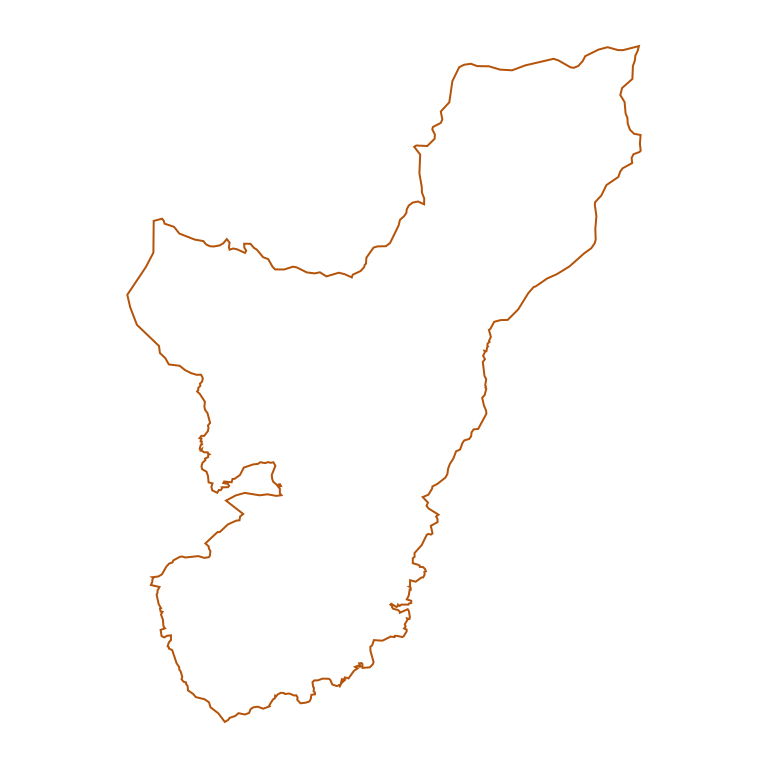 Lapus, Maramures, Romania (Equal Earth projection)
{"feature_id": "2599482B74882735092857", "entity_name": "Lapus", "entity_type": "district", "adm_level": 2, "iso_a3": "ROU", "parent_name": "Romania", "parent_adm1": "Maramures", "projection": "equal_earth", "projection_center": [24.024, 47.535], "detail": "fine", "context": "isolated", "style": "outline", "palette": "amber", "viewbox_px": 768, "rotation_deg": 0, "n_neighbors": 0, "source": "geoboundaries", "source_scale": "gbopen_adm2", "svg_char_len": 6099}
<svg xmlns="http://www.w3.org/2000/svg" viewBox="0 0 768 768"><path d="M403.6,636.4L406.7,631.3L406.6,629.5L404.1,628.5L405.6,626.4L404.8,624.3L407.5,619.7L407.0,618.4L409.4,619.0L409.9,617.3L408.9,611.2L407.7,609.2L399.9,612.7L400.0,611.8L398.0,610.0L393.2,608.8L392.0,607.1L392.3,606.1L390.4,604.7L391.3,603.8L396.4,607.0L397.6,606.3L398.0,604.6L399.7,605.9L401.4,604.6L408.4,604.6L408.9,603.6L411.2,603.0L411.2,600.8L406.8,599.4L408.7,595.7L409.7,589.5L410.7,589.7L410.6,587.4L409.4,586.7L410.0,586.6L410.1,580.2L415.7,581.7L421.5,577.5L423.2,577.4L424.6,574.7L424.4,571.8L425.9,571.3L425.1,569.1L423.1,567.1L419.8,566.9L419.7,565.7L418.2,564.8L412.8,563.2L412.8,558.3L414.6,556.8L414.5,553.1L421.7,545.1L426.7,534.9L428.1,534.0L431.2,534.5L432.5,533.4L430.8,525.8L437.6,522.1L437.4,518.7L436.1,516.5L438.5,514.7L428.6,508.5L426.5,505.8L428.0,502.6L422.7,497.1L428.4,494.7L432.1,488.7L432.4,486.5L437.4,483.9L445.4,477.6L447.4,474.0L448.1,468.7L449.9,463.9L453.3,458.6L456.1,451.3L460.1,449.5L462.5,442.9L464.3,440.4L469.3,438.9L471.2,436.1L471.5,432.5L473.6,429.4L478.2,428.9L486.4,413.7L486.1,410.6L484.0,405.7L482.2,397.8L484.7,394.9L486.3,388.7L485.4,387.6L485.9,386.8L485.2,385.2L486.2,379.2L484.5,376.0L482.8,361.8L485.0,359.2L483.1,355.8L485.0,352.0L484.4,350.8L486.4,351.2L487.2,347.2L488.0,346.5L487.4,345.8L487.6,343.5L489.6,341.9L489.0,340.9L490.9,336.8L488.9,329.9L490.5,328.7L494.2,321.8L500.6,320.1L507.7,319.9L518.2,309.4L528.4,293.0L533.8,286.9L535.5,286.5L547.1,278.5L556.8,274.2L569.5,266.4L584.0,253.5L591.3,248.2L594.7,243.2L595.7,239.6L595.3,229.1L596.4,216.2L594.8,204.6L595.1,202.2L601.4,195.4L606.4,185.1L618.4,176.9L620.1,171.8L622.6,168.3L632.2,163.0L631.6,158.0L633.5,154.2L639.5,152.0L640.7,150.6L639.9,143.9L640.6,135.0L634.1,133.8L630.0,129.8L627.7,123.5L627.4,117.8L625.6,113.5L624.6,102.1L620.3,95.0L622.1,88.0L632.4,78.9L632.9,66.0L634.8,60.8L635.4,55.4L637.5,51.3L638.9,46.1L623.2,50.1L618.1,50.1L607.6,47.2L598.5,49.6L585.2,56.2L582.9,60.8L578.4,65.9L573.9,67.8L570.5,67.3L558.4,60.4L553.6,58.8L525.2,65.4L512.1,70.3L500.0,69.6L489.0,66.3L477.2,66.1L471.0,63.8L464.2,64.7L459.2,67.2L452.4,81.1L449.3,102.3L440.8,111.5L442.3,119.5L440.8,122.9L432.9,127.0L432.3,129.4L434.9,134.6L434.6,138.8L427.3,146.0L416.3,145.5L414.2,146.8L420.2,154.6L419.4,173.3L421.8,187.2L421.9,192.5L424.2,198.4L424.1,204.3L418.1,201.5L412.6,202.6L408.8,205.5L406.7,209.4L406.4,212.8L403.9,216.4L400.0,219.8L398.6,225.5L390.0,243.1L385.9,246.2L377.5,246.4L373.5,247.6L366.4,257.7L366.0,263.6L364.7,264.9L364.2,267.1L360.5,271.1L352.7,274.7L351.8,277.4L344.7,274.2L338.8,272.7L326.4,276.4L319.9,272.3L314.7,273.4L306.8,272.4L296.7,267.4L292.9,266.7L284.2,269.5L275.1,269.4L272.5,266.7L268.2,259.1L263.1,257.2L256.9,249.7L254.1,248.0L250.4,243.8L244.2,243.7L244.3,247.6L246.2,250.6L245.0,252.9L237.0,249.3L233.2,248.5L229.6,249.7L228.9,247.5L229.6,242.7L226.8,239.1L223.3,243.3L219.7,245.4L213.7,246.5L209.8,246.2L206.1,244.4L203.4,241.1L194.8,239.6L179.4,233.6L174.0,226.8L164.6,223.7L163.8,220.9L162.0,218.7L153.7,220.9L153.4,252.6L145.9,267.0L127.3,294.8L130.2,307.3L136.9,324.8L159.0,346.0L159.9,353.0L165.3,358.1L168.8,364.4L179.7,365.8L184.9,370.0L191.0,373.1L196.6,374.8L201.0,374.7L202.2,376.8L202.8,378.5L202.1,381.6L200.0,383.6L200.3,385.9L198.2,388.0L198.3,390.1L197.1,391.5L199.7,393.8L204.9,401.7L204.4,406.7L205.0,409.7L207.5,413.2L210.1,422.9L208.0,425.4L208.5,427.9L207.9,431.1L204.2,435.9L201.3,435.9L199.6,438.2L201.5,438.5L200.6,441.3L201.8,441.6L201.5,443.4L202.1,444.3L200.8,445.0L199.7,448.6L200.4,450.4L201.8,449.2L201.4,450.6L204.3,452.3L208.5,452.4L207.7,452.8L208.1,453.5L209.4,454.3L208.2,454.9L208.1,457.1L205.0,458.6L205.4,460.1L202.5,462.8L201.5,466.3L202.1,469.2L206.5,471.7L208.0,476.1L208.6,482.4L212.5,483.4L211.4,486.8L212.2,490.3L217.2,492.8L218.9,490.0L220.7,490.2L222.1,488.3L221.8,487.3L228.0,487.2L229.1,485.9L227.9,483.9L223.3,483.0L224.2,481.5L231.6,482.3L232.5,479.0L234.6,478.8L239.9,475.1L243.8,467.6L253.2,464.4L258.0,463.9L260.3,462.2L264.8,463.1L268.4,462.1L270.3,462.8L273.4,462.3L275.4,465.8L271.7,475.1L272.3,479.4L273.3,481.8L277.1,485.1L279.9,484.2L281.0,486.1L278.3,486.8L279.9,488.8L279.8,493.2L281.4,495.2L276.4,495.9L267.4,494.3L259.6,495.3L244.8,492.9L235.8,495.4L226.0,500.6L243.2,514.0L240.1,516.5L239.5,520.3L236.3,520.6L227.9,524.4L219.8,532.0L217.6,532.1L216.2,533.3L205.4,543.4L208.7,546.4L208.8,548.3L210.4,551.2L209.9,555.7L208.8,557.2L204.3,557.9L198.3,556.1L185.3,557.5L182.2,556.5L179.7,556.9L173.3,560.4L172.5,562.4L169.0,563.7L166.2,566.8L162.0,574.3L158.3,576.5L152.4,577.2L153.5,577.8L152.4,579.3L152.3,581.8L150.9,585.0L159.5,587.0L157.5,590.6L157.5,592.8L156.6,594.7L158.7,604.2L161.0,608.2L160.0,608.6L160.6,611.5L162.5,611.8L161.0,614.5L162.9,619.6L163.4,626.1L165.0,628.3L160.6,629.9L161.6,636.1L164.3,637.4L167.0,635.8L170.9,635.3L171.0,640.0L168.9,642.3L167.6,646.3L168.9,647.3L168.9,648.5L172.2,650.1L176.6,663.3L179.2,667.1L179.3,669.6L180.6,671.3L182.3,677.0L181.5,679.1L183.5,681.7L186.1,682.5L186.1,684.1L187.6,685.9L188.0,690.4L193.1,693.9L195.8,697.1L204.5,699.2L209.0,702.3L210.5,707.3L218.3,713.3L224.8,721.9L228.2,719.9L229.7,717.8L235.2,716.0L238.5,713.2L245.0,714.5L249.1,712.9L250.7,709.0L253.5,707.3L257.8,706.7L263.2,708.7L269.7,706.3L269.2,705.6L270.9,702.7L273.1,699.3L274.7,698.5L275.2,695.8L275.9,696.6L277.6,694.5L280.8,692.8L283.8,693.0L284.9,694.0L289.3,693.5L294.1,695.5L296.3,695.3L297.6,697.5L297.2,699.7L300.5,703.3L305.6,702.7L309.4,701.5L310.8,698.8L311.4,694.8L315.0,694.3L314.8,692.3L313.6,691.4L314.0,687.9L313.1,686.7L312.5,682.1L314.3,680.4L317.7,680.4L322.7,678.6L328.9,678.8L330.4,680.0L332.3,684.5L336.9,686.1L339.0,685.1L339.8,686.3L341.5,683.1L345.1,679.8L344.6,679.2L341.2,682.1L341.9,679.2L343.5,679.9L344.9,677.4L348.5,678.4L353.9,670.9L357.6,668.4L355.1,666.9L358.4,665.6L359.5,666.8L360.6,666.5L359.2,663.3L361.6,663.1L362.4,664.0L362.5,667.9L369.9,667.3L372.7,664.4L373.6,662.2L370.4,650.7L370.4,646.7L372.2,645.3L373.9,640.1L382.4,640.7L390.7,636.6L394.5,637.1L394.7,635.9L397.0,635.9L402.2,637.0L403.6,636.4Z" fill="none" stroke="#b45309" stroke-width="2"/></svg>